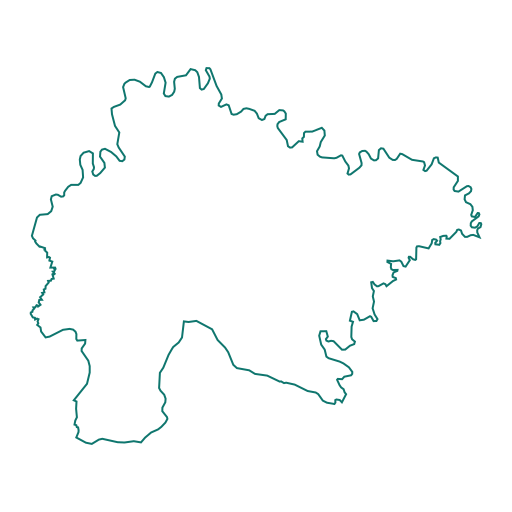 Rattanaburi, Surin, Thailand
{"feature_id": "78962969B68568199624354", "entity_name": "Rattanaburi", "entity_type": "district", "adm_level": 2, "iso_a3": "THA", "parent_name": "Thailand", "parent_adm1": "Surin", "projection": "albers", "projection_center": [103.879, 15.335], "detail": "fine", "context": "isolated", "style": "outline", "palette": "teal", "viewbox_px": 512, "rotation_deg": 0, "n_neighbors": 0, "source": "geoboundaries", "source_scale": "gbopen_adm2", "svg_char_len": 5954}
<svg xmlns="http://www.w3.org/2000/svg" viewBox="0 0 512 512"><path d="M443.2,235.9L446.2,235.7L446.7,236.3L446.4,238.6L449.5,238.8L456.3,231.9L457.2,229.9L458.8,229.5L461.0,230.5L462.1,233.8L465.0,236.9L467.1,236.9L470.7,235.2L473.3,234.9L479.5,237.3L477.3,232.5L477.2,230.3L477.8,228.7L480.5,227.1L481.3,224.2L480.8,223.1L479.3,223.0L477.3,226.4L475.0,227.7L471.9,227.3L470.7,225.7L470.8,223.2L471.8,221.4L478.6,216.4L479.4,214.4L478.8,213.1L477.7,213.0L474.9,217.0L471.8,216.4L471.2,214.9L472.8,210.2L472.4,206.8L470.4,204.2L466.0,202.2L464.6,199.3L465.0,195.4L468.9,193.4L471.0,191.2L471.4,189.0L470.6,187.2L468.5,186.0L466.9,186.2L458.5,191.6L454.6,191.0L453.6,189.5L453.7,187.3L457.9,180.9L457.9,176.5L438.8,162.6L437.7,157.6L435.9,157.4L433.9,158.3L431.6,164.4L426.6,170.7L425.1,171.1L423.4,169.9L425.0,165.5L424.1,162.2L423.0,161.5L412.0,159.8L402.2,154.1L400.2,153.7L396.7,158.9L395.0,160.0L392.7,159.9L389.3,157.7L383.4,148.7L381.0,148.3L378.9,150.1L378.1,158.4L376.0,160.2L374.0,160.4L371.0,158.6L368.7,154.2L366.4,151.6L365.0,150.8L362.2,151.0L359.8,152.4L359.1,154.0L361.6,163.1L361.5,165.3L359.4,167.7L350.5,174.4L348.7,174.6L347.5,173.5L349.0,168.4L348.4,165.6L345.3,161.5L342.3,155.6L341.0,155.3L336.5,157.8L334.2,158.3L322.1,157.4L320.0,156.7L317.6,154.7L317.0,151.2L319.7,146.5L320.8,142.0L324.8,135.5L324.4,130.6L321.8,127.8L312.2,131.6L305.4,131.7L304.0,133.1L303.9,136.9L302.3,138.4L302.6,141.7L298.8,141.2L292.1,147.4L290.0,147.6L288.0,146.2L286.7,140.0L277.8,128.0L277.3,126.1L277.5,124.2L279.2,122.0L285.7,119.3L285.8,113.6L284.3,111.3L283.0,110.4L279.3,110.1L274.7,113.9L267.6,114.2L265.6,115.8L264.4,119.0L261.9,120.0L258.7,118.2L256.9,113.6L254.6,110.8L249.3,108.9L246.4,108.3L243.5,108.9L241.1,111.6L236.8,114.2L233.6,114.7L231.6,114.0L228.7,105.3L226.4,104.4L221.0,106.9L218.7,105.5L218.8,103.5L221.9,98.5L221.3,94.5L216.6,86.0L210.4,69.3L209.4,68.2L206.5,68.1L205.8,70.2L209.5,76.6L209.8,78.7L207.9,83.3L203.8,89.0L201.6,89.6L199.9,88.1L199.0,77.0L197.3,72.2L195.2,70.2L190.6,69.1L186.0,75.3L177.2,76.9L174.9,78.7L174.1,81.8L174.8,88.8L174.2,91.7L172.1,94.9L168.9,96.6L165.4,96.1L163.8,93.5L165.6,82.7L163.9,77.2L161.0,73.0L157.4,72.0L155.3,73.6L152.0,82.3L149.8,86.6L149.1,87.0L145.9,86.3L139.9,81.7L134.5,79.7L129.7,80.0L125.6,82.6L124.4,83.8L123.1,87.1L125.7,98.3L125.1,100.3L120.2,104.6L113.9,106.9L111.5,108.5L112.0,114.3L115.0,125.9L119.3,132.5L117.3,144.2L118.7,147.5L124.8,156.6L124.4,159.5L122.3,161.2L119.6,160.8L116.3,156.4L111.1,152.0L105.0,148.8L102.0,149.6L100.4,151.7L100.0,156.6L104.4,162.9L104.9,167.6L100.2,173.1L96.8,175.8L95.1,175.9L93.2,174.5L92.3,171.5L93.8,169.0L94.0,167.2L92.8,163.5L92.9,153.4L89.1,151.1L83.6,152.7L80.6,156.0L79.8,159.5L80.3,164.8L82.6,169.9L83.1,177.4L80.6,182.9L78.3,184.9L71.1,184.9L68.2,186.8L65.1,190.8L64.2,192.5L64.2,195.3L63.2,196.4L61.1,196.7L57.9,194.8L55.9,194.5L51.7,196.2L50.9,199.4L52.7,206.7L51.2,211.2L47.7,214.1L39.8,214.8L37.0,217.5L31.9,235.8L33.0,238.3L35.5,240.6L35.1,241.5L36.3,243.4L39.6,246.8L39.4,247.5L40.1,246.5L44.9,248.1L44.5,249.4L45.1,249.4L45.2,250.8L47.2,252.6L47.1,257.4L48.9,257.0L50.0,257.7L49.4,260.6L52.3,261.6L50.4,267.6L55.1,267.6L55.5,268.7L54.3,269.0L54.9,270.0L54.2,271.4L52.9,271.6L54.7,273.8L53.8,274.5L53.2,273.8L52.4,274.3L53.7,278.6L51.6,279.0L50.9,280.7L48.1,280.9L48.7,282.5L45.6,286.1L45.5,288.7L43.8,289.5L44.4,292.4L42.2,292.9L43.2,294.5L40.1,297.2L41.9,299.8L39.3,299.9L38.7,302.4L40.5,304.8L38.1,306.5L37.7,305.5L36.6,305.2L35.3,307.3L33.4,307.4L34.1,308.7L32.5,310.4L32.4,311.8L30.8,312.5L30.7,313.8L32.8,317.4L34.9,317.8L35.1,319.5L37.0,318.6L38.5,319.2L37.6,321.5L38.3,323.3L37.2,324.9L40.5,327.5L41.1,331.5L45.6,337.4L49.6,336.6L63.0,329.8L69.6,328.9L73.1,329.6L75.5,331.7L76.4,334.1L76.3,339.0L77.3,340.6L85.4,340.0L85.1,343.6L81.7,348.4L81.6,351.0L88.3,360.7L89.7,366.1L89.7,372.6L87.0,383.8L73.8,400.3L76.5,401.5L76.1,408.8L76.9,417.3L75.3,420.5L74.5,424.6L76.3,425.2L76.8,427.1L78.1,427.4L78.6,430.2L78.5,432.1L76.3,437.5L85.9,442.7L91.8,443.9L98.9,439.6L102.3,438.8L117.6,442.2L124.5,442.5L133.8,441.2L141.0,442.4L145.1,437.6L151.1,432.5L158.1,429.4L161.3,426.9L165.4,422.6L167.4,418.9L167.0,417.1L162.3,411.2L162.4,407.6L165.3,402.3L165.6,398.7L164.2,394.7L160.5,390.7L159.1,388.0L159.9,372.8L163.3,367.7L168.6,354.8L172.0,348.9L173.2,347.0L178.7,342.5L182.0,337.5L183.9,321.4L188.5,322.0L196.4,320.9L212.1,329.3L217.6,340.0L225.1,347.6L228.2,352.2L233.3,364.8L236.9,368.1L249.2,370.3L255.0,373.9L267.2,375.6L279.7,381.6L281.1,381.4L284.0,383.1L286.2,382.7L294.7,384.6L307.6,391.0L315.7,392.5L318.2,394.1L322.8,400.6L326.9,402.7L334.4,404.0L335.4,402.6L335.3,400.1L336.4,399.5L339.7,400.0L341.9,402.3L346.1,394.2L344.6,392.3L343.6,389.2L341.1,387.4L339.6,385.2L337.1,379.8L337.8,378.9L342.1,379.2L344.3,376.7L351.1,375.3L352.2,373.9L352.3,371.9L348.9,367.3L343.4,363.4L339.7,361.6L328.6,358.2L326.4,356.6L324.7,349.6L321.2,344.6L319.2,335.7L320.5,331.3L326.3,331.2L327.8,336.6L325.9,339.1L326.4,340.6L328.4,341.5L331.1,340.8L333.6,341.2L342.0,349.7L345.2,349.6L350.0,345.7L354.2,344.1L354.9,341.6L352.1,339.3L351.3,337.0L351.6,326.6L353.0,321.8L349.9,320.7L351.9,311.8L353.5,311.4L357.2,314.1L359.7,320.3L363.9,319.7L370.0,316.2L371.2,316.8L373.6,321.1L376.4,321.0L377.5,319.1L374.6,314.5L372.6,308.3L374.0,301.6L372.8,296.4L373.9,291.0L372.0,288.1L371.2,282.3L372.8,281.9L374.5,284.4L377.0,286.3L378.4,286.2L383.5,283.4L385.4,284.2L386.5,286.2L393.0,281.0L396.1,279.5L395.8,278.1L392.7,276.9L392.5,275.2L393.6,272.4L397.3,270.9L397.5,269.9L392.9,270.0L391.4,269.2L390.8,267.3L391.1,263.9L387.4,262.0L387.5,260.6L393.2,261.3L399.5,260.4L401.3,261.7L403.5,266.1L405.6,266.6L409.8,260.2L408.6,257.8L408.9,256.8L410.2,256.8L413.1,259.3L415.3,259.9L416.1,259.3L416.4,247.6L417.0,246.4L419.0,246.2L428.6,248.4L431.7,243.3L432.2,240.0L433.7,239.1L436.1,239.6L437.1,240.7L435.2,242.9L435.4,244.3L439.3,244.8L440.4,243.1L440.1,241.2L440.7,239.3L440.2,237.0L443.2,235.9Z" fill="none" stroke="#0f766e" stroke-width="2"/></svg>